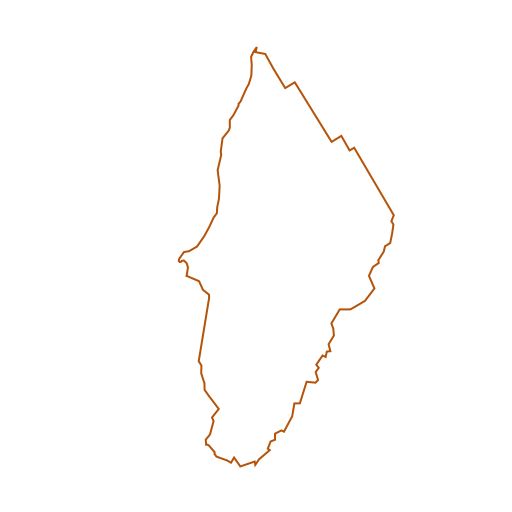 Sonoma, California, United States of America, rotated 59°
{"feature_id": "52423323B39454223771984", "entity_name": "Sonoma", "entity_type": "district", "adm_level": 2, "iso_a3": "USA", "parent_name": "United States of America", "parent_adm1": "California", "projection": "natural_earth1", "projection_center": [-122.845, 38.481], "detail": "fine", "context": "isolated", "style": "outline", "palette": "amber", "viewbox_px": 512, "rotation_deg": 59, "n_neighbors": 0, "source": "geoboundaries", "source_scale": "gbopen_adm2", "svg_char_len": 1538}
<svg xmlns="http://www.w3.org/2000/svg" viewBox="0 0 512 512"><g transform="rotate(59 256 256)"><path d="M417.5,378.6L428.3,377.8L431.5,363.0L434.7,364.2L431.8,358.1L429.5,344.2L427.2,345.1L422.5,339.0L423.3,334.3L418.1,331.2L418.6,324.0L421.0,322.5L412.0,307.5L402.1,299.0L404.9,294.3L389.9,277.4L395.2,270.3L394.3,266.7L386.2,264.6L384.2,259.8L380.2,260.3L375.6,250.2L378.4,248.3L374.4,244.5L375.9,241.3L369.0,239.2L364.3,230.2L358.1,227.2L352.6,226.1L344.9,211.7L350.4,202.5L350.6,185.7L344.8,171.2L331.2,169.4L325.6,161.4L325.2,154.4L322.6,153.3L318.0,144.2L314.1,140.4L314.0,134.3L306.8,127.7L299.8,122.0L295.9,122.0L292.0,116.9L213.8,116.1L213.7,121.4L197.0,121.0L197.1,132.4L127.1,133.3L127.1,144.5L104.2,144.6L87.6,144.0L81.0,151.4L77.3,147.7L79.8,153.2L82.9,157.7L90.3,161.4L99.0,167.1L104.9,173.6L107.6,178.3L115.7,189.8L116.5,192.5L118.0,193.4L123.7,202.9L125.9,208.4L132.6,212.4L134.5,214.9L137.9,224.1L148.4,232.5L151.4,233.7L162.7,244.7L177.1,251.0L187.9,258.3L194.2,264.1L199.2,267.5L201.2,272.5L206.8,280.7L212.3,290.1L217.5,301.6L217.4,310.9L215.5,315.7L218.9,323.4L220.5,324.8L221.9,324.4L222.4,323.4L221.9,322.1L222.7,320.2L226.4,319.1L230.7,320.2L236.9,325.3L237.2,325.8L248.3,317.8L257.7,318.9L264.9,316.2L267.8,317.8L316.7,359.3L321.8,359.2L328.4,363.4L338.7,365.8L344.2,369.0L351.3,368.5L367.9,366.7L371.8,376.9L375.7,377.4L385.3,387.4L387.6,393.7L392.1,395.9L392.3,395.1L394.0,394.0L402.9,392.5L404.3,393.5L407.6,393.2L416.6,385.9L420.3,383.9L417.5,378.6Z" fill="none" stroke="#b45309" stroke-width="2"/></g></svg>